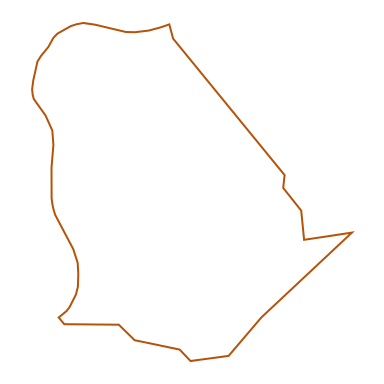 Trimble, Kentucky, United States of America (Natural Earth projection)
{"feature_id": "52423323B52829235192196", "entity_name": "Trimble", "entity_type": "district", "adm_level": 2, "iso_a3": "USA", "parent_name": "United States of America", "parent_adm1": "Kentucky", "projection": "natural_earth1", "projection_center": [-85.386, 38.615], "detail": "fine", "context": "isolated", "style": "outline", "palette": "amber", "viewbox_px": 384, "rotation_deg": 0, "n_neighbors": 0, "source": "geoboundaries", "source_scale": "gbopen_adm2", "svg_char_len": 675}
<svg xmlns="http://www.w3.org/2000/svg" viewBox="0 0 384 384"><path d="M58.7,317.5L64.3,324.2L118.8,324.7L134.6,340.2L179.7,349.6L190.5,361.0L228.6,355.9L261.4,317.4L351.9,232.6L304.1,239.8L301.2,210.6L283.2,187.9L284.6,175.1L173.1,38.6L169.3,24.4L160.6,27.4L148.6,30.6L135.8,32.1L135.3,32.2L125.9,32.0L94.7,24.6L83.1,23.0L76.8,24.2L70.8,26.1L57.5,33.6L53.4,37.8L48.4,46.9L41.1,55.8L37.5,61.4L33.3,80.3L32.1,89.3L32.7,94.9L33.8,99.0L45.6,115.6L52.3,130.5L53.4,144.9L51.5,167.8L51.6,198.1L52.5,205.0L53.7,210.1L55.2,214.9L63.9,231.4L73.2,249.0L77.7,262.9L78.3,274.1L77.9,286.7L76.0,294.4L69.6,307.1L66.6,311.0L58.7,317.5Z" fill="none" stroke="#b45309" stroke-width="2"/></svg>